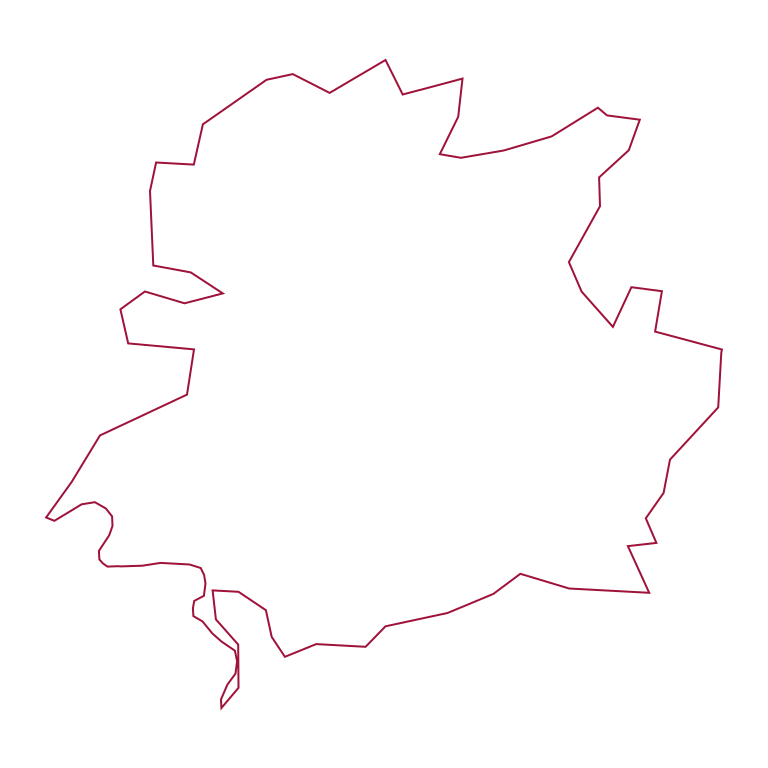 outline of Buka, Tashkent, Uzbekistan
{"feature_id": "79887680B42380635367979", "entity_name": "Buka", "entity_type": "district", "adm_level": 2, "iso_a3": "UZB", "parent_name": "Uzbekistan", "parent_adm1": "Tashkent", "projection": "albers", "projection_center": [69.118, 40.699], "detail": "fine", "context": "isolated", "style": "outline", "palette": "rose", "viewbox_px": 768, "rotation_deg": 0, "n_neighbors": 0, "source": "geoboundaries", "source_scale": "gbopen_adm2", "svg_char_len": 1288}
<svg xmlns="http://www.w3.org/2000/svg" viewBox="0 0 768 768"><path d="M718.2,407.4L721.3,352.6L721.9,349.5L655.1,331.6L661.9,291.2L631.4,287.2L612.9,326.9L581.6,291.6L568.9,262.1L600.0,206.2L599.1,177.4L628.8,150.2L639.8,119.7L607.0,115.4L597.9,107.7L551.6,136.4L503.7,150.5L460.9,157.8L439.8,154.2L458.2,116.8L462.5,78.6L402.7,94.5L385.5,60.0L329.6,92.9L292.8,74.1L266.5,79.8L202.9,124.3L193.8,164.6L156.1,162.5L150.0,191.0L153.3,265.5L190.7,272.4L222.8,293.4L184.5,303.3L144.9,291.5L120.4,309.3L128.2,343.4L194.0,349.4L187.0,394.6L100.0,435.4L71.7,481.9L46.1,517.5L49.4,518.8L54.4,520.8L70.3,511.2L81.6,504.3L94.9,502.2L105.9,508.5L112.1,516.4L112.5,526.0L109.2,535.3L98.9,550.9L99.4,559.5L103.0,563.5L107.5,566.6L117.9,566.2L120.7,566.4L142.4,565.7L160.5,562.9L189.6,564.5L200.7,568.0L204.1,574.9L205.5,583.5L203.9,595.8L194.2,600.9L192.9,608.4L193.4,616.1L202.5,621.4L212.2,633.3L221.3,641.4L234.9,650.7L237.1,661.3L235.5,673.6L227.4,684.6L221.0,699.4L221.4,708.0L238.5,687.8L238.2,644.6L215.9,619.4L212.6,590.4L238.5,591.8L265.9,610.2L271.7,636.9L284.9,656.8L316.2,644.1L365.6,646.8L385.5,626.3L447.5,613.0L493.4,593.9L520.3,573.8L569.1,588.5L649.2,592.8L627.9,546.1L656.4,542.9L645.8,518.3L663.6,492.9L670.0,459.6L718.2,407.4Z" fill="none" stroke="#9f1239" stroke-width="2"/></svg>